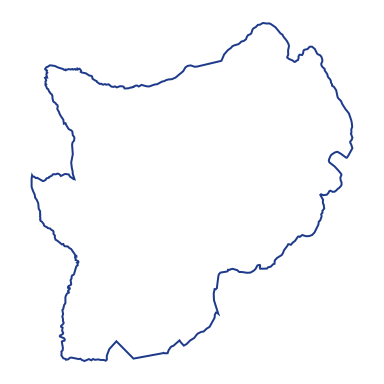 the district of Anolaima, Cundinamarca, Colombia
{"feature_id": "7082276B71021669842786", "entity_name": "Anolaima", "entity_type": "district", "adm_level": 2, "iso_a3": "COL", "parent_name": "Colombia", "parent_adm1": "Cundinamarca", "projection": "robinson", "projection_center": [-74.474, 4.788], "detail": "fine", "context": "isolated", "style": "outline", "palette": "blue", "viewbox_px": 384, "rotation_deg": 0, "n_neighbors": 0, "source": "geoboundaries", "source_scale": "gbopen_adm2", "svg_char_len": 5715}
<svg xmlns="http://www.w3.org/2000/svg" viewBox="0 0 384 384"><path d="M66.0,359.7L68.2,359.3L70.0,357.8L71.6,357.6L78.8,359.1L80.3,358.7L81.9,360.0L84.5,361.0L88.9,359.1L91.3,360.3L93.1,359.0L94.9,359.8L98.3,359.4L100.4,359.9L103.9,360.0L105.7,360.7L106.8,359.7L106.8,355.7L109.3,349.1L116.4,341.3L133.5,358.6L162.7,353.2L163.5,352.8L164.4,353.3L167.6,353.2L168.6,350.3L170.7,347.1L171.7,346.4L173.4,345.8L179.5,340.4L180.8,342.3L183.8,345.6L186.7,344.0L190.1,340.5L194.3,337.9L196.4,335.0L198.0,333.4L201.5,331.8L203.5,331.6L206.6,328.7L209.6,326.8L214.6,317.8L214.8,314.9L216.0,312.5L216.9,312.5L218.2,313.6L214.0,300.3L213.7,293.5L214.6,289.1L215.6,289.3L216.8,288.3L218.4,276.0L218.9,274.3L220.5,272.6L227.1,271.5L227.8,271.0L228.0,269.8L229.7,269.9L230.3,269.4L232.4,268.8L237.1,270.1L239.3,272.0L241.8,272.0L247.3,272.8L250.4,272.6L253.6,270.8L255.5,269.0L257.4,265.5L259.2,264.9L259.8,265.0L260.2,265.7L259.8,267.7L260.2,268.7L266.9,268.6L268.1,267.3L270.7,266.7L273.2,264.2L274.5,263.8L274.7,260.9L275.0,260.2L277.1,257.9L281.8,255.0L283.3,252.3L283.9,250.4L287.6,245.5L288.1,244.3L289.2,244.2L290.9,244.8L292.8,242.6L295.1,240.8L297.9,236.7L299.0,236.4L299.8,236.9L302.3,235.0L305.9,236.2L309.0,236.1L312.1,235.0L314.5,232.5L318.4,224.6L318.8,221.6L320.2,220.4L321.4,217.1L321.6,216.1L321.2,214.3L322.5,212.6L322.4,210.9L324.2,208.5L323.7,204.6L323.1,203.8L322.8,201.5L323.1,199.9L320.3,194.9L321.0,194.3L323.4,195.2L326.8,194.7L328.5,192.8L329.2,191.3L330.3,190.7L332.6,191.8L334.6,191.7L336.3,190.4L337.8,188.8L339.2,187.9L341.1,185.8L341.6,184.4L341.5,182.2L340.8,180.8L340.4,178.5L340.5,177.1L341.4,175.0L341.3,174.1L339.0,171.2L334.6,166.4L329.4,162.4L328.8,160.4L329.3,158.8L330.7,155.6L332.0,154.3L334.8,152.5L336.7,151.9L337.7,151.9L341.2,154.0L345.9,157.5L346.8,157.7L348.1,156.0L352.4,148.2L351.1,144.2L350.3,142.9L350.2,141.7L351.8,139.6L352.4,137.6L350.9,133.6L351.4,132.9L351.3,129.3L352.2,126.9L351.8,122.9L351.2,120.1L348.9,113.4L345.4,109.0L342.3,104.1L341.0,101.0L338.2,98.2L337.6,97.1L336.2,90.3L334.0,86.9L332.0,85.6L332.1,84.5L330.9,82.4L330.8,80.7L329.7,78.8L328.7,77.9L327.8,76.5L327.3,74.2L324.7,70.4L324.7,69.0L322.5,67.0L321.5,65.5L321.2,63.9L322.3,61.4L322.3,59.5L321.3,56.6L320.0,55.2L317.9,54.3L317.0,53.5L314.8,48.9L312.0,46.7L310.7,46.7L309.6,46.8L307.5,49.1L304.3,49.8L303.6,50.5L303.0,53.5L302.2,55.0L299.5,54.7L298.5,56.4L298.6,58.0L298.0,60.0L296.3,60.8L295.5,61.7L294.4,61.9L292.7,60.5L289.5,59.2L287.3,57.7L287.2,57.0L288.2,54.9L288.1,50.2L289.0,46.1L288.5,44.0L286.7,40.7L283.2,36.3L282.5,34.7L280.5,33.4L275.5,27.3L270.9,24.1L268.9,23.3L267.7,23.6L262.8,23.0L260.1,24.6L257.9,24.9L255.7,27.1L253.3,28.5L252.6,29.4L251.2,33.5L250.2,34.3L248.1,35.1L246.8,37.0L246.0,39.3L243.8,40.9L241.3,41.6L239.4,43.5L238.1,44.3L234.7,45.2L232.4,46.2L231.1,47.8L227.9,50.1L224.1,54.5L221.6,60.5L221.1,60.9L197.4,66.5L194.8,66.8L190.7,65.4L187.7,65.9L185.5,67.3L183.2,71.2L175.4,77.7L171.7,79.2L168.3,79.5L166.2,80.1L164.0,81.2L162.0,81.6L157.2,84.2L154.7,84.5L149.0,86.5L146.1,86.2L141.5,84.9L138.8,86.5L137.0,85.5L135.9,85.6L134.2,86.2L133.7,87.0L132.4,87.0L131.8,87.6L130.8,87.5L128.4,88.3L125.2,88.5L124.5,88.4L123.6,86.7L122.7,86.4L120.0,86.2L116.8,87.4L115.0,86.4L113.6,86.9L111.4,86.6L108.6,84.3L106.2,84.7L105.0,84.1L103.0,84.7L101.1,83.7L99.9,84.0L97.0,82.0L96.5,81.0L95.2,80.5L92.5,78.7L92.1,76.5L91.1,75.8L89.4,75.6L85.8,73.3L81.4,72.4L80.7,71.9L81.1,70.8L80.2,69.3L79.2,68.7L77.8,69.5L77.2,68.7L76.9,69.3L75.9,69.7L75.0,69.0L73.2,69.6L72.4,69.0L70.8,69.5L69.0,69.1L66.5,69.7L65.8,70.3L65.4,70.2L65.2,69.6L64.1,69.8L63.0,69.0L58.1,67.5L54.9,66.0L52.7,65.6L49.9,65.3L47.5,66.9L46.5,67.1L45.2,68.8L45.2,69.4L47.0,70.5L46.6,72.0L47.3,72.8L46.7,73.4L46.3,74.4L47.1,77.5L45.8,77.2L45.0,77.8L45.9,79.3L46.2,80.6L45.5,81.4L45.5,83.5L46.2,84.3L45.4,85.0L46.2,86.3L47.0,88.5L48.2,89.2L49.1,91.5L50.0,92.4L50.4,93.4L51.7,94.3L52.4,95.8L52.5,98.4L53.3,101.5L55.5,103.1L56.4,104.4L57.5,105.2L57.8,106.6L57.3,108.2L57.4,109.2L59.1,112.2L59.5,113.6L60.7,115.9L63.3,119.7L63.9,123.7L65.5,123.2L66.3,125.2L68.7,129.1L71.4,130.5L72.3,131.5L72.8,135.2L74.1,136.9L74.4,138.2L74.1,140.5L72.6,142.5L72.3,143.5L72.1,145.1L72.8,154.2L71.2,162.5L71.8,167.7L72.6,171.3L72.8,174.0L74.5,179.3L73.6,179.1L70.0,176.6L68.8,174.5L65.9,174.0L64.4,174.2L60.9,176.0L59.3,174.2L57.6,173.6L55.8,174.3L53.2,174.2L51.6,175.8L49.0,177.1L49.0,177.6L46.4,178.5L45.4,180.1L43.5,181.0L42.7,181.0L37.2,177.8L35.9,178.1L34.0,176.6L32.9,176.7L32.1,175.3L31.6,178.5L31.6,186.4L31.8,187.6L33.3,191.6L34.7,194.6L35.1,197.5L36.8,200.0L38.2,203.1L38.7,208.7L40.1,211.2L40.1,214.5L40.3,214.8L40.0,216.4L40.4,217.6L40.1,219.4L40.4,219.7L40.5,220.9L41.8,221.6L43.7,224.0L44.0,225.4L44.7,226.2L46.8,227.1L47.7,228.0L50.2,228.6L51.3,229.8L53.1,230.8L53.6,232.0L53.5,233.9L54.9,235.6L54.8,237.6L55.6,239.7L57.5,240.8L61.9,244.4L63.3,244.0L63.8,245.3L64.7,246.2L67.8,246.5L69.3,248.0L71.2,249.1L74.9,254.5L75.5,256.1L76.3,255.9L76.4,256.7L75.1,256.9L75.0,257.3L75.6,258.6L75.6,260.0L77.9,261.0L78.4,261.6L78.3,262.4L77.2,262.8L77.8,263.4L77.5,264.6L77.7,265.3L76.3,266.4L74.0,274.2L73.4,274.9L72.3,275.3L71.7,276.3L71.5,278.6L70.6,280.1L71.2,284.0L70.7,285.0L68.5,286.1L68.0,286.9L67.9,287.6L68.2,288.0L69.5,287.9L69.8,288.4L69.6,289.1L68.1,290.7L68.1,291.5L68.8,292.1L68.9,292.6L67.1,293.5L65.8,295.9L65.4,297.3L65.4,303.1L64.1,305.1L63.2,309.1L62.4,310.1L63.1,314.2L62.3,316.6L63.0,319.0L62.9,320.9L63.7,322.8L63.2,323.9L61.2,325.8L61.0,326.5L61.2,326.9L62.6,327.6L62.1,330.7L63.2,332.9L62.7,334.1L60.1,335.5L59.8,336.1L59.9,336.5L63.9,338.2L64.8,339.4L64.5,340.6L62.1,341.3L61.8,341.7L62.9,348.0L62.6,350.4L61.4,351.6L61.6,353.9L61.3,355.2L63.2,358.2L65.8,359.1L66.0,359.7Z" fill="none" stroke="#1e3a8a" stroke-width="2"/></svg>